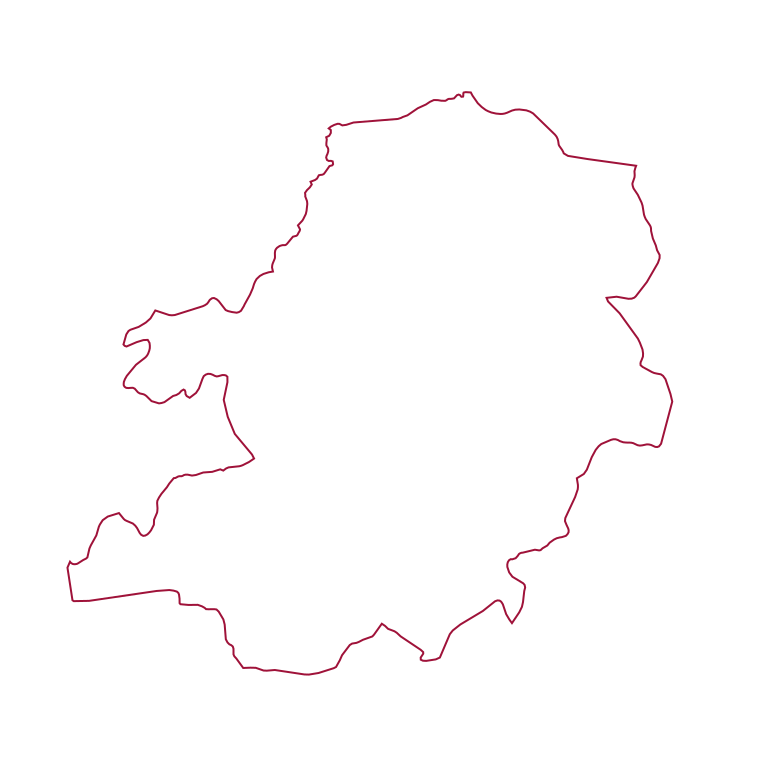 the border of Centre, rotated 8°
{"feature_id": "CMR-1480", "entity_name": "Centre", "entity_type": "Province", "adm_level": 1, "iso_a3": "CMR", "parent_name": "Cameroon", "parent_adm1": "", "projection": "orthographic", "projection_center": [11.575, 4.696], "detail": "fine", "context": "isolated", "style": "outline", "palette": "rose", "viewbox_px": 768, "rotation_deg": 8, "n_neighbors": 0, "source": "natural_earth", "source_scale": "10m", "svg_char_len": 6126}
<svg xmlns="http://www.w3.org/2000/svg" viewBox="0 0 768 768"><g transform="rotate(8 384 384)"><path d="M429.4,83.2L431.5,86.1L437.8,92.9L442.2,96.1L446.6,98.5L449.2,99.4L452.5,100.2L457.3,100.6L461.7,100.4L463.9,100.0L466.0,99.3L468.2,98.2L472.7,95.4L475.8,94.1L479.8,93.3L486.9,93.2L490.8,94.0L494.0,95.3L518.5,113.2L520.4,115.0L521.8,117.1L522.7,119.2L523.7,122.7L524.5,123.9L527.8,127.4L529.2,129.3L529.9,130.6L534.4,132.5L554.2,132.9L603.3,132.8L602.8,135.1L602.4,138.4L603.2,142.4L603.3,144.5L602.1,150.7L602.2,151.6L602.8,153.4L603.9,155.6L609.0,161.3L613.8,168.5L615.2,171.4L617.9,180.1L618.9,182.1L620.2,184.2L625.2,189.8L626.0,190.9L626.7,192.5L627.2,195.3L630.0,202.5L633.9,209.0L635.8,213.5L639.0,217.9L639.4,221.1L638.4,226.0L630.1,246.5L621.1,262.2L619.8,263.7L617.4,265.0L614.2,265.6L602.2,265.2L592.4,267.7L594.4,271.1L607.5,281.2L629.1,303.7L631.6,307.4L635.2,313.9L636.3,317.7L636.6,320.8L635.6,325.1L635.2,326.2L635.1,327.9L635.5,329.7L637.9,331.2L647.7,334.9L650.0,335.5L652.4,335.7L656.8,335.9L659.2,337.1L662.1,340.1L669.1,354.1L671.9,361.3L666.7,404.6L665.0,407.5L663.3,408.4L661.3,408.5L657.0,407.2L654.8,407.0L652.7,407.2L648.3,408.8L645.9,409.4L643.6,409.3L639.1,407.9L636.8,407.7L631.8,408.3L629.0,408.4L625.4,407.7L623.7,407.0L622.3,406.7L620.8,406.5L618.8,406.8L616.6,407.7L607.5,413.2L605.2,415.8L602.8,419.8L599.9,427.6L596.8,440.6L594.4,445.3L588.1,450.5L590.1,457.0L590.4,459.1L590.5,461.4L589.0,469.3L582.2,491.5L582.3,494.6L584.4,498.2L586.5,501.4L587.2,503.1L587.4,505.1L586.6,507.2L585.2,509.1L581.4,510.9L579.4,511.5L576.5,512.7L574.0,514.4L570.1,518.1L568.2,521.2L563.9,524.6L562.2,526.7L560.8,527.2L556.5,527.1L544.9,531.7L543.6,532.0L542.3,532.7L541.3,533.6L540.3,535.7L538.6,538.2L535.3,539.8L534.0,539.8L533.4,540.2L532.3,541.2L531.4,543.2L531.2,545.5L531.6,548.0L534.2,553.2L538.0,557.0L549.6,562.0L551.2,563.4L552.1,565.9L551.7,569.4L552.0,580.6L551.6,585.5L549.7,591.3L544.0,603.0L541.0,599.9L537.0,594.9L532.4,585.7L531.1,584.1L530.2,583.2L528.6,582.4L526.5,582.5L524.2,583.7L513.5,595.0L493.1,611.5L486.4,618.5L484.0,622.6L477.4,647.1L473.6,649.5L464.4,652.3L461.1,652.6L458.8,651.9L458.4,649.8L460.4,645.6L460.1,644.0L457.3,642.1L435.6,631.6L431.3,628.6L428.8,627.4L422.1,625.9L418.7,623.4L415.2,621.7L409.0,633.6L407.6,635.6L398.8,640.2L395.0,642.9L392.7,644.2L388.5,645.5L386.4,647.3L380.2,658.4L378.7,663.7L375.9,670.9L373.8,672.4L359.4,679.3L350.1,682.2L345.7,682.7L315.7,682.4L307.8,684.2L304.6,684.5L296.5,682.9L291.3,683.5L284.1,684.8L276.0,676.4L273.7,674.5L272.6,672.7L271.8,667.1L270.8,665.0L269.1,663.9L267.1,663.3L265.0,661.7L262.9,658.8L259.7,644.4L257.7,639.5L252.0,632.4L249.5,630.6L247.4,630.6L241.4,631.5L239.1,631.7L237.5,630.6L234.7,629.5L230.3,628.6L221.2,630.0L213.1,630.4L212.1,629.5L211.4,625.0L210.3,621.0L209.4,619.5L207.8,618.4L204.3,617.9L200.1,617.9L187.6,620.6L122.1,639.8L107.0,642.2L105.6,641.5L96.1,609.9L97.8,603.7L99.0,604.8L100.7,605.5L101.7,605.6L103.0,605.5L104.9,604.9L105.8,604.3L110.7,600.1L113.2,598.4L114.4,597.0L115.2,587.9L116.1,584.7L120.2,574.0L121.5,565.0L122.2,562.7L124.4,558.0L128.9,553.7L139.5,548.7L145.1,553.9L146.5,554.8L148.3,555.4L154.7,557.1L157.4,558.9L159.5,561.0L162.8,565.5L164.5,567.1L166.7,567.9L168.7,567.3L170.7,565.8L172.3,563.7L173.7,561.2L175.7,555.4L175.2,550.4L177.2,542.9L177.2,541.2L177.0,538.6L175.9,533.5L175.8,531.2L177.0,527.7L178.9,523.7L183.4,516.4L185.2,512.5L188.9,506.5L190.5,506.1L193.1,504.2L194.2,503.8L196.4,503.5L197.6,502.8L198.6,502.0L200.1,501.4L202.2,501.1L206.6,501.4L210.4,500.3L217.3,496.8L226.1,494.9L233.7,491.3L236.9,492.1L239.4,489.6L241.7,488.2L252.1,485.6L253.6,485.0L255.3,484.1L261.2,480.0L265.7,475.9L263.1,472.2L243.2,454.2L233.8,438.2L227.5,422.0L228.7,404.0L227.9,398.6L226.2,397.5L224.6,397.4L222.5,397.7L218.9,399.3L217.3,399.8L215.3,399.5L213.1,398.7L210.8,398.2L208.3,398.4L206.2,399.5L204.4,401.3L203.5,404.2L201.4,414.2L199.1,419.0L193.5,424.7L190.3,423.4L188.9,421.7L188.4,419.4L187.7,418.0L186.3,417.4L184.3,419.0L182.5,421.7L179.9,423.8L176.8,425.2L169.1,432.5L166.3,433.8L163.9,434.5L156.2,433.3L150.3,428.9L148.3,427.9L146.9,427.6L143.4,427.3L141.4,426.4L137.8,423.3L135.8,422.7L133.6,423.1L131.4,423.6L129.3,423.7L127.6,422.9L126.8,422.0L126.4,421.3L126.2,420.1L126.1,418.2L126.8,415.2L128.2,411.7L135.7,399.5L144.1,390.8L145.4,388.8L146.2,386.8L146.9,383.6L147.1,381.2L146.8,378.7L146.1,376.0L143.9,373.2L139.6,374.0L133.2,377.0L123.8,382.7L121.9,382.3L120.5,381.1L121.9,370.8L123.6,367.1L125.3,365.6L133.1,361.6L139.6,356.3L143.6,351.6L147.3,343.0L161.6,345.6L164.3,345.5L167.3,344.8L193.7,332.2L195.7,330.9L197.6,329.2L198.6,327.5L199.7,325.1L200.3,324.4L201.8,323.0L203.7,322.5L206.5,323.4L208.8,324.9L216.9,332.8L219.4,333.5L223.5,333.9L228.2,333.9L230.3,333.0L232.2,331.4L234.4,326.3L234.8,324.8L238.9,314.1L240.7,307.5L241.4,303.1L242.1,300.6L243.2,297.8L246.0,294.3L249.3,291.8L254.3,289.4L258.4,288.1L256.9,284.2L256.8,281.9L257.0,280.3L258.4,274.9L258.4,273.6L257.7,269.4L257.7,266.9L258.2,265.5L259.1,264.0L261.4,261.9L263.0,261.1L264.3,260.6L266.6,260.3L267.4,259.9L268.4,258.8L273.3,250.8L276.5,249.5L277.2,248.9L277.7,248.0L278.4,245.9L279.0,244.7L279.3,243.4L279.3,242.5L276.7,238.9L280.4,233.6L281.1,232.0L282.9,226.6L283.2,223.3L283.0,216.4L282.5,214.3L282.2,213.4L279.9,209.2L279.8,207.9L279.2,205.7L280.7,202.8L283.2,199.6L284.7,196.5L283.1,193.9L287.3,191.6L289.1,189.9L290.4,186.4L291.9,185.8L293.6,185.4L295.0,184.6L296.0,183.0L299.7,175.8L302.4,174.6L303.0,173.4L302.2,170.7L300.4,170.4L298.2,170.8L296.4,170.1L295.2,167.8L295.4,165.9L296.0,164.0L296.4,161.5L296.1,159.1L295.3,157.6L294.4,156.7L293.7,155.6L293.4,153.4L293.3,149.7L292.4,147.7L295.2,145.8L296.4,142.8L296.0,139.9L293.7,138.6L295.5,136.6L298.6,134.4L301.8,132.8L303.6,132.6L306.7,133.7L310.6,132.6L317.4,129.3L360.8,119.6L363.9,118.1L365.4,117.0L369.8,114.7L379.1,106.2L386.6,101.4L390.2,98.2L393.8,95.9L397.7,95.4L401.6,95.5L405.3,95.0L406.5,94.2L407.3,93.3L408.6,92.6L411.2,92.2L413.6,91.4L416.1,87.8L417.7,87.0L419.2,87.4L420.0,88.3L420.7,88.8L422.3,88.4L422.4,87.7L422.1,85.1L422.3,84.3L424.3,83.6L429.4,83.2Z" fill="none" stroke="#9f1239" stroke-width="2"/></g></svg>